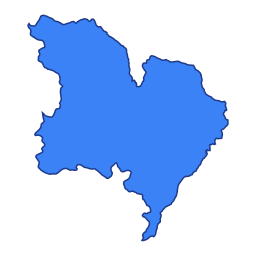 outline of Almenara, Minas Gerais, Brazil
{"feature_id": "56859067B83482987802169", "entity_name": "Almenara", "entity_type": "district", "adm_level": 2, "iso_a3": "BRA", "parent_name": "Brazil", "parent_adm1": "Minas Gerais", "projection": "albers", "projection_center": [-40.737, -16.13], "detail": "fine", "context": "isolated", "style": "filled", "palette": "blue", "viewbox_px": 256, "rotation_deg": 0, "n_neighbors": 0, "source": "geoboundaries", "source_scale": "gbopen_adm2", "svg_char_len": 5731}
<svg xmlns="http://www.w3.org/2000/svg" viewBox="0 0 256 256"><path d="M122.9,45.7L121.6,45.6L117.6,41.7L115.4,40.3L113.7,38.8L110.7,36.8L109.5,36.5L106.8,33.7L107.0,32.7L105.4,31.5L103.9,31.2L100.6,26.7L99.3,26.9L98.0,26.8L97.2,26.2L96.3,25.3L95.8,24.1L95.3,22.6L94.3,20.1L93.0,19.1L91.6,19.3L90.8,20.4L89.9,21.3L88.3,20.7L87.4,19.5L85.9,19.1L84.5,18.8L80.5,20.0L77.4,21.8L76.4,23.0L75.2,23.0L74.4,22.0L73.4,21.5L72.1,21.7L69.3,23.0L66.5,23.7L65.0,24.4L63.6,24.5L62.5,24.3L61.5,23.8L60.4,22.8L59.2,22.5L58.3,21.8L54.8,21.0L52.9,19.1L51.5,18.3L48.7,17.3L47.2,16.4L44.0,15.4L42.9,15.4L41.8,15.6L40.8,16.3L39.2,20.0L37.3,22.6L36.0,24.7L35.0,25.9L33.4,26.0L30.8,25.6L29.8,24.9L29.0,23.6L28.1,25.0L28.2,26.5L28.7,27.5L30.5,29.5L30.9,31.0L30.4,33.8L30.8,35.2L33.2,36.9L34.7,37.8L36.9,39.2L38.5,39.9L40.9,40.2L42.4,40.6L43.6,41.6L44.8,45.6L44.8,46.9L44.0,47.6L42.7,48.0L40.2,49.4L38.8,50.4L39.0,51.9L39.6,53.2L39.8,54.5L39.3,55.6L38.5,56.6L38.3,60.3L39.3,61.3L40.8,61.8L41.7,62.3L42.4,63.1L44.0,66.5L44.8,67.6L45.9,67.7L48.0,69.4L49.4,69.4L53.6,70.9L55.8,72.4L58.0,73.5L59.0,74.6L59.5,75.7L59.8,77.7L60.2,78.8L60.0,80.1L59.4,81.6L59.7,83.3L60.6,84.4L62.6,86.2L61.9,87.4L61.0,88.0L60.6,89.4L60.4,92.5L61.3,98.5L61.2,99.9L59.6,103.4L60.4,104.7L59.9,107.2L59.5,108.3L58.4,108.8L57.3,108.7L56.4,109.1L55.7,109.8L55.2,110.8L55.0,111.9L54.0,114.1L53.0,116.0L52.1,116.9L50.6,117.1L48.8,116.8L46.0,116.0L44.9,115.3L43.6,113.8L42.5,112.8L43.2,117.6L44.2,121.5L43.5,122.3L42.2,123.2L41.3,124.2L40.9,127.1L40.1,128.5L39.1,129.7L35.8,132.8L35.2,133.6L34.8,134.7L35.6,135.5L37.0,135.2L38.5,135.1L40.0,135.6L41.0,136.1L41.9,136.9L42.6,138.0L42.0,140.3L42.1,141.3L44.3,143.5L44.8,145.0L44.0,146.4L42.8,147.2L42.0,148.1L41.8,149.3L42.8,150.5L42.6,152.0L41.5,152.8L37.9,154.4L36.9,155.0L36.0,155.9L35.9,157.1L38.9,161.5L39.2,162.9L38.4,165.7L38.4,167.4L41.1,170.2L44.2,172.2L46.4,173.2L49.8,174.2L52.3,173.9L56.0,173.9L57.3,173.3L61.7,169.7L63.6,168.7L65.9,168.4L67.1,168.6L69.2,169.8L70.3,170.2L71.9,169.8L74.7,170.3L76.8,169.9L77.1,168.6L76.2,167.5L76.4,166.5L76.9,165.6L77.9,164.7L79.4,164.6L81.7,165.3L82.7,166.2L84.5,167.4L86.4,167.6L89.8,168.7L91.3,169.0L92.8,169.0L94.2,168.7L95.4,169.0L96.0,169.8L97.3,170.5L99.3,172.4L100.5,173.2L101.5,174.5L106.0,177.5L106.6,178.2L108.0,178.4L109.2,177.7L111.2,176.1L111.9,174.7L112.3,172.9L111.1,170.6L110.9,169.0L111.1,167.5L112.1,166.3L114.2,164.5L115.1,163.2L116.1,163.0L117.1,163.8L117.4,165.2L117.8,166.6L119.5,168.4L121.1,171.2L122.1,171.7L123.7,171.7L126.5,170.5L127.8,170.4L129.0,170.5L129.9,170.9L130.9,171.7L131.3,172.7L130.2,175.2L130.1,176.3L129.6,177.5L129.0,178.4L128.1,179.2L124.8,181.1L123.8,182.1L123.6,183.8L124.5,186.2L124.9,187.7L125.4,188.7L127.5,190.1L128.4,191.2L129.4,191.8L132.1,191.2L133.4,191.4L134.4,192.0L135.9,192.4L137.1,193.5L141.5,194.4L142.4,194.9L142.6,196.1L142.6,198.5L143.1,199.5L144.3,200.0L144.7,201.2L146.0,203.1L146.4,204.5L147.0,205.5L148.4,205.9L149.4,206.7L150.1,207.9L150.4,209.2L150.7,210.8L150.5,212.0L148.2,212.7L147.3,213.4L146.4,213.7L145.3,213.2L144.3,213.2L143.2,214.0L142.4,215.6L143.2,216.8L144.7,217.1L146.4,218.8L148.0,220.7L149.2,221.7L149.5,224.0L148.4,227.1L147.0,228.9L146.3,230.1L146.0,231.7L144.7,232.1L143.6,233.3L142.8,234.6L142.7,236.1L143.5,237.3L143.1,238.5L142.0,240.4L143.2,240.6L146.2,239.6L147.3,239.0L150.3,236.4L151.5,236.1L152.5,236.1L153.7,236.7L154.7,235.6L155.3,234.8L155.7,233.6L156.4,229.7L157.0,228.8L157.4,225.4L158.0,224.0L160.3,221.8L160.2,219.5L160.4,218.3L160.9,216.9L161.1,214.8L160.2,213.6L160.7,212.3L161.9,211.4L162.6,210.1L165.8,206.7L166.9,206.3L167.7,205.8L169.0,205.3L171.2,204.1L171.7,202.8L173.7,200.7L175.1,197.8L176.3,195.8L177.3,191.6L177.4,190.0L177.9,186.5L178.8,184.1L183.1,178.2L184.9,176.6L186.6,176.4L188.1,176.3L189.7,175.8L190.9,175.0L192.0,174.8L193.3,172.5L195.1,171.3L196.3,170.8L196.9,168.9L197.9,167.9L198.8,165.9L200.0,165.0L200.8,163.6L201.1,162.2L201.7,161.0L202.6,159.8L203.0,158.7L204.1,158.3L205.3,156.7L206.2,155.8L206.9,154.6L207.2,153.2L206.0,153.0L205.9,152.0L206.7,151.4L206.1,150.6L207.0,149.8L208.4,150.5L210.0,150.5L210.0,147.7L209.7,146.4L209.8,144.7L211.5,144.6L212.7,143.7L214.2,144.5L215.4,144.0L214.9,142.6L214.8,141.3L215.0,140.1L215.6,139.0L216.5,138.3L217.8,138.7L219.2,138.6L220.5,138.3L221.6,138.4L222.4,134.7L222.1,132.7L221.1,130.3L222.1,129.6L223.6,128.9L225.8,126.5L227.5,125.0L227.9,124.0L227.9,120.0L226.3,119.5L225.5,118.5L224.3,115.8L223.6,114.9L223.6,113.9L223.7,112.8L224.6,111.8L224.8,110.5L226.2,110.5L226.7,109.6L226.1,108.3L225.9,107.0L225.3,106.1L225.8,103.5L225.3,102.2L224.4,101.4L222.9,101.8L221.4,101.9L218.9,100.7L215.3,100.3L212.4,98.4L211.4,97.1L208.4,95.8L205.9,94.1L204.2,90.9L204.1,89.6L202.5,87.5L202.0,86.3L201.7,84.5L201.3,83.4L201.4,82.1L202.0,80.9L202.0,79.3L201.3,76.9L201.3,75.8L200.9,74.4L200.1,72.9L197.8,70.6L196.5,70.1L195.5,69.2L193.5,65.4L188.1,64.9L186.9,64.5L185.9,63.9L184.7,63.5L182.3,63.0L181.1,62.6L178.7,61.4L177.2,61.3L174.1,61.7L172.7,62.0L171.1,62.0L169.8,61.7L168.5,60.8L167.1,60.4L166.3,59.6L163.0,60.3L161.7,60.0L160.3,59.2L157.1,57.9L155.0,56.7L152.6,55.9L151.5,55.8L150.3,56.5L149.6,58.9L148.7,59.8L147.4,59.9L146.7,60.7L146.4,63.1L144.0,63.1L143.1,63.6L142.6,64.8L142.4,66.2L143.6,68.7L145.0,70.7L145.8,71.5L146.0,72.7L144.8,75.0L143.5,78.0L143.9,79.7L143.4,80.9L142.7,81.7L141.0,85.4L140.3,86.3L138.0,86.7L136.9,86.6L136.4,85.5L136.6,84.1L136.3,82.9L135.1,82.6L135.2,81.5L134.3,80.3L133.1,80.4L132.2,81.1L132.1,80.0L132.4,78.6L131.9,77.1L130.4,75.2L129.5,74.3L129.3,73.2L129.8,70.3L129.7,68.8L129.0,66.3L128.8,64.9L129.1,63.1L128.4,61.4L128.7,60.0L128.5,59.0L127.8,57.9L127.3,54.7L126.8,53.2L126.5,51.6L126.6,50.2L126.3,49.1L125.3,48.0L123.9,47.0L122.9,45.7Z" fill="#3b82f6" stroke="#1e3a8a" stroke-width="1.5"/></svg>